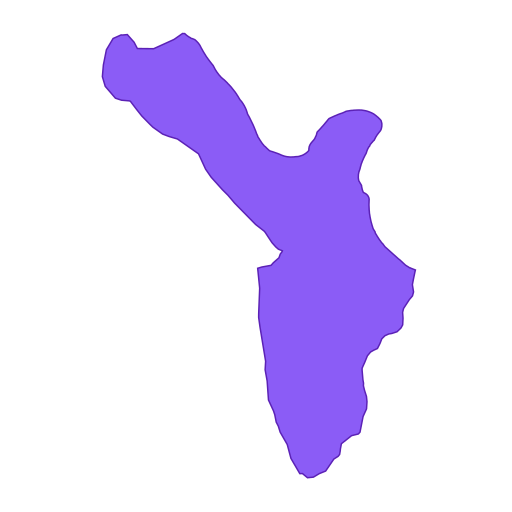 outline of Zarqa, Dumyat, Egypt, rotated 92°
{"feature_id": "37247803B96389835129643", "entity_name": "Zarqa", "entity_type": "district", "adm_level": 2, "iso_a3": "EGY", "parent_name": "Egypt", "parent_adm1": "Dumyat", "projection": "equal_earth", "projection_center": [31.647, 31.209], "detail": "fine", "context": "isolated", "style": "filled", "palette": "violet", "viewbox_px": 512, "rotation_deg": 92, "n_neighbors": 0, "source": "geoboundaries", "source_scale": "gbopen_adm2", "svg_char_len": 6072}
<svg xmlns="http://www.w3.org/2000/svg" viewBox="0 0 512 512"><g transform="rotate(92 256 256)"><path d="M70.4,415.2L82.1,415.8L91.7,412.6L103.2,402.0L105.0,395.8L105.4,387.9L105.8,386.9L114.0,380.2L120.1,375.0L128.1,366.6L130.9,363.5L137.4,353.6L139.6,347.1L141.8,338.6L155.9,317.0L167.0,311.4L171.0,309.4L178.9,303.5L190.9,291.9L196.3,286.1L203.9,279.2L224.5,257.5L230.8,248.8L232.1,247.6L237.2,244.0L242.2,240.4L246.2,236.6L248.4,233.9L249.9,229.8L250.8,230.1L253.2,231.8L257.0,233.0L262.1,238.4L264.8,240.6L266.8,249.8L268.2,253.9L286.6,251.4L288.2,251.2L312.0,251.3L313.7,251.3L317.3,251.2L327.0,249.5L358.4,243.2L360.9,242.7L369.4,242.9L380.5,240.5L399.5,238.5L410.2,233.1L414.0,231.7L421.3,230.0L425.2,227.8L431.2,225.7L443.3,218.2L457.1,214.0L468.5,206.8L472.0,204.6L471.8,202.0L475.8,196.8L475.0,190.9L471.3,185.2L468.5,178.9L456.2,171.1L453.3,166.9L451.4,165.5L447.7,165.0L445.8,164.9L440.6,164.1L432.2,154.2L430.3,147.5L428.4,145.9L412.7,143.4L404.9,140.2L397.7,140.0L392.5,140.7L386.6,142.8L382.0,144.1L379.3,144.1L376.1,144.8L366.2,146.0L364.3,146.0L358.4,143.6L351.9,141.2L348.0,138.2L346.1,135.2L344.2,131.4L339.0,129.0L334.4,127.4L331.2,124.4L329.3,120.6L328.7,117.6L326.8,112.4L322.9,108.6L319.7,107.0L313.1,106.9L307.2,107.5L303.3,106.7L294.2,101.2L290.4,98.2L286.4,97.3L279.2,98.7L273.3,97.8L265.8,96.5L264.4,96.2L264.1,97.0L263.8,97.9L263.5,98.8L263.2,99.6L262.9,100.5L262.5,101.3L262.4,102.2L261.8,103.0L260.9,104.6L260.5,105.3L259.9,106.3L258.6,107.8L254.7,112.3L254.0,113.4L251.8,116.0L249.4,118.9L246.8,122.0L244.2,125.1L242.3,127.4L241.2,128.3L239.5,129.6L238.6,130.6L237.7,131.4L236.7,132.1L235.8,132.9L234.8,133.6L233.8,134.3L232.8,135.0L231.8,135.7L230.8,136.3L229.8,137.0L228.8,137.6L227.6,137.9L225.7,139.2L224.6,139.9L223.5,140.3L222.6,140.6L221.2,141.1L219.9,141.5L218.7,141.9L217.4,142.3L216.2,142.6L214.9,142.9L213.7,143.2L212.4,143.5L211.2,143.7L209.9,144.0L208.6,144.2L207.4,144.3L206.1,144.5L204.8,144.6L203.5,144.7L202.3,144.8L201.0,144.9L199.7,144.9L198.4,144.9L196.9,144.9L196.0,144.9L195.2,144.9L194.5,145.1L193.7,145.3L192.9,145.7L192.2,146.1L191.6,146.5L191.0,147.1L190.4,147.8L189.9,148.5L189.5,149.3L189.1,150.1L188.8,150.8L188.2,151.2L187.5,151.5L186.7,151.8L185.9,152.1L185.1,152.3L184.3,152.5L183.5,152.7L182.7,152.9L181.8,153.0L179.9,154.2L178.0,155.4L177.2,155.9L176.6,156.0L176.0,156.2L175.3,156.3L174.7,156.4L174.1,156.5L173.5,156.5L172.8,156.5L172.2,156.5L171.6,156.5L170.9,156.5L170.3,156.4L169.7,156.3L169.1,156.2L168.4,156.1L167.8,155.9L167.2,155.7L166.6,155.5L165.9,155.3L165.2,155.1L164.2,154.9L163.1,154.7L162.1,154.4L161.0,154.2L160.0,153.9L159.0,153.5L157.9,153.2L156.9,152.8L155.9,152.4L154.9,152.0L153.9,151.6L152.9,151.1L151.9,150.7L150.9,150.2L149.8,149.6L148.2,149.1L147.5,148.9L146.7,148.7L146.0,148.4L145.2,148.1L144.5,147.8L143.8,147.4L143.1,147.1L142.4,146.4L141.7,146.1L140.3,145.6L139.7,144.9L139.0,144.5L138.4,143.9L137.7,143.4L137.1,142.9L136.5,142.3L136.0,141.8L135.2,141.5L134.4,141.1L133.7,140.8L132.9,140.4L132.2,140.0L131.5,139.6L130.8,139.2L130.1,138.7L129.4,138.2L128.7,137.7L128.0,137.2L127.4,136.7L126.4,136.0L125.4,135.5L124.4,135.2L123.3,135.0L122.3,134.8L121.2,134.8L120.1,134.8L119.0,134.9L118.0,135.2L117.0,135.5L116.2,135.8L115.0,136.9L114.2,137.8L113.6,138.4L113.0,139.1L112.5,139.8L111.9,140.5L111.4,141.2L110.9,141.9L110.4,142.6L109.9,143.4L109.5,144.2L109.1,145.0L108.8,145.7L108.5,146.5L108.1,147.6L107.6,149.1L107.2,150.6L106.9,152.2L106.7,153.8L106.5,155.4L106.5,157.0L106.5,158.5L106.6,159.7L106.7,161.0L106.8,162.2L106.9,163.4L107.1,164.7L107.2,165.9L107.4,167.1L107.7,168.4L107.9,169.6L108.3,171.2L108.9,172.2L110.1,174.7L110.7,176.4L111.3,177.9L111.9,179.3L112.6,180.7L113.2,182.1L113.9,183.5L114.6,184.9L115.3,186.3L116.1,187.8L117.4,188.9L118.9,190.0L120.4,191.2L122.0,192.4L123.5,193.6L125.0,194.9L126.5,196.1L128.0,197.4L129.4,198.7L130.2,199.3L130.9,199.4L131.5,199.6L132.1,199.7L132.7,199.8L133.4,200.0L134.2,200.4L135.4,200.9L136.6,201.4L137.7,202.1L138.7,202.9L139.8,203.8L140.7,204.5L141.5,205.1L142.4,205.6L143.3,206.1L144.2,206.4L145.1,206.7L146.1,206.8L146.8,206.9L147.6,206.9L148.6,206.9L149.6,207.6L150.4,208.4L151.2,209.3L151.9,210.2L152.6,211.2L153.2,212.2L153.8,213.3L154.2,214.5L154.6,215.6L155.0,216.8L155.2,218.1L155.3,219.3L155.4,220.4L155.6,221.2L155.7,222.3L155.8,223.8L155.9,225.3L155.8,226.7L155.7,228.2L155.5,229.6L155.2,231.1L154.9,232.1L154.6,233.1L154.1,234.5L153.6,235.7L153.1,237.0L152.7,238.2L152.3,239.5L151.9,240.8L151.5,242.1L151.1,243.4L150.8,244.7L150.4,245.9L149.8,246.8L149.1,247.6L148.4,248.4L147.7,249.2L147.0,249.9L146.3,250.7L145.6,251.7L144.8,252.3L144.1,253.0L143.4,253.6L142.5,254.3L140.8,255.5L140.0,256.1L138.3,257.2L136.6,258.4L135.7,258.6L134.8,259.1L133.9,259.6L131.9,260.4L131.1,260.7L129.6,261.4L128.0,262.1L126.5,262.8L125.0,263.5L123.5,264.3L122.0,265.1L120.5,265.9L119.0,266.7L117.5,267.5L114.4,269.4L113.1,269.8L112.3,270.1L111.5,270.4L110.7,270.7L109.9,271.0L109.2,271.4L108.5,271.7L107.6,272.2L106.9,272.6L106.1,273.0L105.4,273.5L104.6,274.0L103.9,274.5L103.2,275.0L102.5,275.5L101.8,276.1L101.2,276.7L100.3,277.5L99.1,278.3L98.0,279.0L96.9,279.7L95.8,280.5L94.7,281.2L93.7,282.0L92.6,282.8L91.6,283.7L90.6,284.5L89.6,285.4L88.6,286.2L87.6,287.1L86.6,288.1L85.7,289.0L84.8,290.0L83.8,290.9L83.1,291.7L82.0,292.9L81.1,293.9L80.3,295.0L78.6,297.1L77.7,297.9L77.0,298.6L76.3,299.3L75.5,299.9L74.8,300.5L74.0,301.1L73.3,301.7L72.5,302.2L71.7,302.8L70.9,303.3L70.1,303.8L69.3,304.2L68.5,304.7L67.4,305.3L66.6,305.9L65.5,306.9L64.4,307.8L63.1,308.9L62.1,309.7L61.0,310.6L59.8,311.5L58.7,312.4L57.5,313.2L56.3,314.0L55.1,314.8L53.9,315.6L52.6,316.4L51.4,317.1L50.0,318.0L48.7,318.7L48.1,319.0L47.5,319.4L47.0,319.7L46.4,320.1L45.9,320.6L45.3,321.0L44.6,321.7L43.6,322.7L42.7,323.7L41.9,324.7L41.5,325.8L41.0,327.1L40.8,328.3L40.2,329.1L39.6,330.3L38.9,331.5L38.3,332.4L37.8,333.1L37.3,333.7L36.8,334.3L36.2,335.0L36.2,337.2L42.3,345.3L43.5,347.6L52.4,365.5L52.8,381.8L46.6,385.3L40.0,391.6L39.2,392.3L39.8,396.9L39.8,398.6L43.6,406.4L55.1,412.7L70.4,415.2Z" fill="#8b5cf6" stroke="#5b21b6" stroke-width="1.5"/></g></svg>